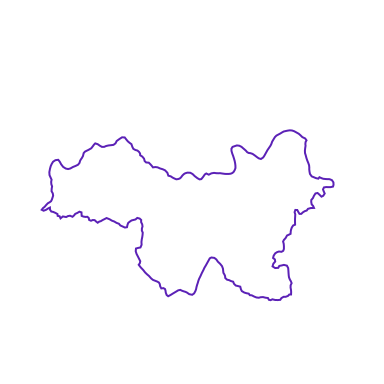 the district of Virgem da Lapa, Minas Gerais, Brazil, rotated 299°
{"feature_id": "56859067B3157753034175", "entity_name": "Virgem da Lapa", "entity_type": "district", "adm_level": 2, "iso_a3": "BRA", "parent_name": "Brazil", "parent_adm1": "Minas Gerais", "projection": "albers", "projection_center": [-42.339, -16.692], "detail": "fine", "context": "isolated", "style": "outline", "palette": "violet", "viewbox_px": 384, "rotation_deg": 299, "n_neighbors": 0, "source": "geoboundaries", "source_scale": "gbopen_adm2", "svg_char_len": 5461}
<svg xmlns="http://www.w3.org/2000/svg" viewBox="0 0 384 384"><g transform="rotate(299 192 192)"><path d="M274.9,237.7L272.6,238.1L270.7,238.2L268.4,238.0L265.3,237.7L262.0,237.7L258.7,237.7L256.7,237.5L254.3,236.3L253.8,234.1L254.0,232.0L254.4,229.4L254.7,226.5L254.3,224.3L253.6,222.6L253.6,220.9L254.3,219.0L254.7,217.2L255.1,215.2L255.5,213.4L255.4,210.9L254.5,208.7L252.9,207.2L251.1,205.6L249.0,205.5L247.1,206.6L245.1,208.6L243.4,210.6L241.6,212.5L239.8,214.3L237.9,215.9L236.1,217.2L234.0,218.4L232.1,218.7L229.9,218.7L228.2,218.1L226.8,217.0L225.7,215.5L224.7,213.8L223.8,212.0L222.9,209.7L222.1,207.5L221.2,206.0L220.3,204.3L219.4,202.0L217.7,199.9L215.3,198.3L215.1,195.5L213.6,194.7L210.6,194.4L207.8,193.9L206.7,192.5L206.7,190.1L207.2,186.7L208.0,183.8L208.0,181.2L206.7,178.6L205.1,177.0L203.7,176.2L201.7,175.6L199.4,175.3L197.8,174.7L196.6,173.6L195.5,172.1L195.3,170.3L195.2,168.0L195.4,165.8L194.8,163.4L196.9,161.1L197.9,157.9L197.7,155.3L197.1,152.6L196.9,150.0L196.1,147.9L194.6,145.9L195.4,144.1L196.0,142.4L196.7,140.0L195.6,137.6L196.1,135.6L197.9,133.9L198.9,131.3L199.0,128.9L200.5,127.9L201.4,126.2L201.8,124.2L201.3,122.1L201.3,119.8L202.6,117.9L204.5,115.8L204.7,113.8L205.2,111.3L206.1,109.0L207.1,106.7L205.9,104.3L203.3,102.9L200.1,101.4L197.5,101.5L195.2,100.5L193.7,98.5L192.3,96.5L190.6,94.6L188.9,93.3L187.8,91.4L187.8,89.1L188.1,86.3L187.6,83.8L185.8,83.3L184.0,83.1L181.4,82.7L178.6,81.0L176.9,79.8L175.4,78.8L173.5,78.4L170.6,79.2L168.3,79.2L166.7,79.0L165.0,79.0L162.9,79.5L160.6,79.1L158.3,77.5L156.1,75.7L153.6,74.2L152.0,72.5L151.3,70.2L151.5,67.1L152.8,64.1L154.4,61.6L155.3,59.4L153.6,57.1L151.1,55.8L148.5,55.7L146.1,55.9L143.6,56.5L140.2,57.6L137.7,59.2L136.1,61.3L134.7,63.2L132.6,63.9L130.6,65.2L129.1,66.9L126.8,67.7L124.6,68.8L123.3,70.9L121.5,72.3L119.6,72.7L117.5,73.1L115.6,73.2L113.9,72.4L112.3,71.4L110.1,70.8L107.6,70.3L105.7,69.5L103.6,69.2L103.7,71.3L105.7,73.0L107.8,74.1L109.5,75.3L107.7,76.4L106.7,78.4L107.3,80.3L107.5,82.7L107.5,85.0L106.0,86.1L106.6,88.0L105.2,89.8L108.0,90.9L109.1,94.1L110.8,95.2L112.1,96.8L112.4,99.5L114.4,100.2L116.3,100.5L118.0,101.8L120.2,103.1L120.6,105.2L119.0,106.2L117.6,107.1L117.9,109.1L118.6,111.0L119.6,112.5L119.2,114.3L117.7,115.6L117.9,117.6L119.4,118.8L120.2,120.5L119.7,122.4L119.4,124.4L121.1,125.2L122.3,126.4L124.1,127.4L125.7,128.5L127.8,129.9L128.2,133.2L128.1,135.8L128.5,138.3L128.4,141.0L128.8,143.5L128.0,145.5L128.2,148.0L128.4,150.6L129.7,152.2L132.0,151.5L134.1,151.2L136.0,152.0L137.8,152.9L139.1,154.3L140.6,155.9L142.8,156.7L143.4,159.1L142.9,161.1L141.0,162.1L139.6,164.1L137.9,165.4L135.7,165.9L133.9,166.9L132.6,168.6L130.4,169.6L128.3,170.4L126.3,171.0L123.8,172.0L121.4,173.5L118.5,173.8L116.9,171.9L115.4,170.4L112.9,171.5L111.0,173.5L109.4,175.9L107.9,178.1L106.4,180.3L104.4,180.9L102.5,180.7L101.2,183.7L100.1,187.2L98.9,190.0L98.2,192.6L97.7,195.1L96.6,198.2L96.2,200.5L96.5,202.7L96.8,205.1L96.8,206.9L95.9,208.4L94.0,210.0L92.8,211.9L94.1,213.7L94.0,215.5L92.8,216.7L91.2,217.9L89.6,219.8L89.3,221.7L91.4,223.1L94.1,224.6L97.0,226.3L99.3,227.6L100.7,229.2L100.8,231.1L101.1,232.9L101.5,234.7L101.6,236.4L101.3,239.1L102.2,242.0L104.3,243.0L106.9,243.0L108.9,242.7L111.1,242.0L113.2,241.5L115.4,241.1L117.5,240.6L119.6,240.3L122.2,240.2L125.9,239.9L129.2,239.8L131.8,239.6L134.5,239.7L137.0,239.7L138.7,239.7L140.9,239.7L142.6,239.7L144.1,240.7L145.2,243.5L144.8,246.0L143.6,248.4L142.8,251.5L141.7,254.2L139.9,256.3L138.0,257.6L136.5,258.7L135.6,260.3L134.6,261.6L132.9,262.8L132.3,265.2L132.9,267.2L133.0,269.3L133.5,271.5L132.1,273.2L131.4,275.6L132.1,278.1L132.6,280.1L130.6,282.0L129.5,283.6L129.4,286.5L129.9,288.8L130.6,290.9L129.8,292.6L130.6,294.3L130.7,297.2L131.0,299.5L131.9,301.7L133.2,303.0L134.5,305.0L135.2,307.6L136.1,309.8L135.0,311.5L135.5,313.2L137.1,314.3L137.9,317.2L139.2,319.6L140.5,321.5L142.5,321.6L144.7,322.9L145.7,324.7L147.6,326.3L149.5,326.8L150.4,328.3L152.6,327.2L154.3,326.1L156.1,324.6L158.2,323.5L160.6,323.3L161.9,321.7L162.9,320.0L164.4,318.2L165.7,317.2L167.8,315.8L170.0,314.4L172.1,313.0L173.6,310.7L172.8,307.7L171.1,305.9L169.7,304.2L167.5,304.2L165.8,301.6L166.0,298.5L168.8,297.9L171.5,298.5L173.2,297.2L173.6,294.9L175.9,294.3L178.7,294.5L180.7,295.6L182.1,296.9L183.1,299.3L184.8,300.3L186.7,300.0L189.1,298.7L191.2,297.3L192.8,295.7L194.6,295.6L197.1,296.2L200.0,296.2L201.6,297.4L203.2,298.5L205.3,297.5L207.0,296.9L209.4,296.5L211.8,296.7L213.4,298.0L215.6,296.7L218.3,295.2L220.6,294.1L222.6,293.1L224.1,291.5L226.4,291.1L227.3,292.8L226.0,294.8L225.0,296.6L225.9,298.2L227.9,298.8L229.9,299.9L231.4,301.3L233.5,301.6L235.5,303.6L237.2,306.4L238.5,304.7L239.2,302.7L241.1,301.1L242.9,300.2L245.2,300.7L247.9,300.5L250.6,300.7L252.0,302.3L251.5,304.6L250.7,307.5L252.3,308.6L255.0,308.8L256.5,306.8L257.8,305.3L260.0,305.2L261.4,307.0L262.3,308.8L263.4,310.8L265.1,312.7L266.9,312.3L269.0,311.0L270.2,308.6L269.9,306.1L268.3,303.0L267.2,300.4L266.9,298.7L266.7,296.3L264.9,296.0L264.2,293.6L264.0,291.6L263.7,289.1L265.0,286.4L266.8,284.9L268.6,283.6L270.3,282.7L272.2,281.4L273.8,279.6L275.3,277.7L277.1,275.7L279.2,273.7L280.8,272.0L282.9,270.7L285.3,269.7L287.5,268.9L288.9,267.9L290.8,267.1L292.7,267.1L293.7,265.0L293.5,261.9L294.2,259.4L294.7,257.1L294.7,254.6L294.7,251.9L294.3,249.7L293.4,247.7L292.2,246.1L291.0,244.7L289.4,242.9L287.8,241.9L286.0,240.9L284.0,239.6L282.3,238.5L280.2,237.9L277.9,237.8L274.9,237.7Z" fill="none" stroke="#5b21b6" stroke-width="2"/></g></svg>